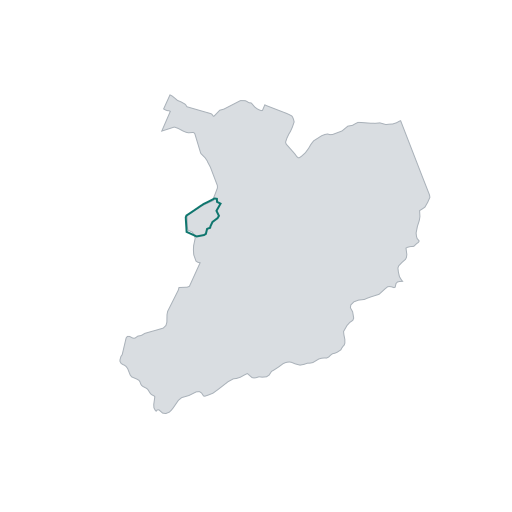 Pariang, Unity, South Sudan (highlighted), rotated 294°
{"feature_id": "79223893B45292827901182", "entity_name": "Pariang", "entity_type": "district", "adm_level": 2, "iso_a3": "SSD", "parent_name": "South Sudan", "parent_adm1": "Unity", "projection": "albers", "projection_center": [30.206, 9.837], "detail": "fine", "context": "in_parent", "style": "outline", "palette": "teal", "viewbox_px": 512, "rotation_deg": 294, "n_neighbors": 0, "source": "geoboundaries", "source_scale": "gbopen_adm2", "svg_char_len": 4173}
<svg xmlns="http://www.w3.org/2000/svg" viewBox="0 0 512 512"><g transform="rotate(294 256 256)"><path d="M396.3,375.5L382.9,389.1L382.0,389.9L380.3,391.0L374.8,391.0L369.2,390.4L364.0,387.0L358.7,389.7L355.4,390.6L353.4,390.9L348.7,391.4L342.1,392.9L339.1,394.7L337.5,396.1L336.2,398.8L335.5,399.0L334.3,398.7L332.6,397.7L329.0,396.2L327.2,392.9L325.6,390.9L324.2,389.8L318.7,393.2L315.9,394.0L313.7,393.9L309.6,392.0L305.2,390.4L302.8,390.5L299.4,392.5L295.5,395.4L293.4,398.4L292.5,400.2L291.1,397.5L289.8,395.8L287.9,395.1L284.1,395.8L283.2,394.9L283.0,392.5L282.4,390.4L281.5,388.8L278.6,387.3L271.1,384.0L265.4,377.6L262.5,374.6L260.4,372.7L257.4,367.6L254.0,364.1L249.9,362.5L247.1,363.3L244.3,367.0L239.0,370.5L236.6,370.6L233.5,368.7L229.6,367.4L222.6,366.7L219.7,368.4L215.9,371.1L212.6,372.6L210.6,372.8L208.8,372.2L206.7,371.8L204.8,371.7L201.1,369.3L199.2,367.5L197.9,365.7L195.8,364.5L193.3,363.5L191.5,362.0L190.7,360.0L189.3,357.5L187.5,355.3L181.8,351.3L180.1,348.9L179.0,346.6L176.6,344.0L174.2,340.6L173.4,335.6L173.3,331.6L172.8,329.7L171.8,327.9L170.6,326.3L168.6,324.5L164.0,321.9L159.2,318.8L156.9,317.1L152.5,316.4L149.9,314.7L147.8,310.9L146.9,307.9L144.8,305.5L143.8,303.8L143.3,301.9L145.1,295.9L142.6,293.8L138.9,291.0L136.2,288.0L134.6,285.3L129.8,281.6L119.3,276.0L113.2,272.5L109.9,269.3L107.1,266.3L106.8,265.0L108.7,262.0L109.1,259.5L107.6,256.7L101.3,251.5L96.4,245.7L92.6,243.8L83.4,242.1L80.8,241.4L78.1,240.3L75.4,237.7L74.5,234.6L76.0,229.8L75.1,228.3L73.6,227.9L74.0,226.8L75.8,224.5L78.7,223.0L86.3,220.8L86.7,219.9L86.9,216.8L87.5,215.3L90.2,211.2L90.6,209.5L90.8,205.9L91.2,204.3L91.9,203.1L94.0,201.0L94.8,199.7L95.1,197.0L95.0,191.6L96.1,189.5L100.9,184.6L102.2,182.4L102.7,180.4L102.7,178.4L103.0,176.5L104.4,174.6L105.7,174.0L109.2,173.5L111.5,173.9L128.3,170.7L130.2,171.2L131.1,173.2L130.9,176.4L131.2,178.0L132.1,179.1L134.7,180.6L136.5,183.2L137.5,184.1L140.1,185.9L152.4,200.6L155.9,202.0L159.3,201.5L166.1,198.6L169.5,197.8L193.1,198.9L195.7,198.5L195.9,198.5L199.5,205.8L201.2,207.5L227.1,207.7L226.6,205.7L226.9,203.3L231.5,198.9L232.2,198.4L236.2,196.3L240.1,194.8L247.6,193.2L250.4,190.6L251.9,188.1L251.9,183.4L252.9,182.6L254.7,181.5L263.4,177.3L264.9,176.4L280.2,186.3L288.8,194.0L289.4,194.4L289.8,194.6L290.3,194.3L290.7,193.9L291.7,193.6L295.4,193.5L302.4,193.1L304.6,192.1L318.6,178.2L322.1,173.7L323.0,172.8L325.0,169.6L327.1,164.2L327.6,163.5L342.8,150.4L343.3,149.3L343.4,148.5L341.1,144.2L340.6,141.9L340.5,138.5L340.9,133.1L340.7,129.8L340.5,128.9L340.4,128.7L331.8,119.1L353.3,118.9L353.3,117.7L353.3,117.3L352.8,116.1L352.6,114.6L352.6,113.8L352.7,113.0L352.7,112.5L352.7,112.1L352.8,111.8L368.2,111.9L368.0,114.6L366.2,121.0L366.3,124.9L365.9,129.2L365.4,130.5L364.6,131.6L364.3,132.1L364.3,132.6L367.7,157.1L367.5,158.1L366.7,159.6L366.4,160.1L366.4,160.5L366.7,160.8L373.9,163.4L374.3,163.5L374.5,163.7L377.1,166.9L391.3,178.3L391.8,178.9L393.3,182.5L393.5,183.1L393.5,184.0L393.5,184.6L393.2,186.8L393.3,187.8L393.6,188.5L393.8,189.2L393.8,189.4L393.6,190.0L391.6,194.2L390.9,197.2L390.8,199.8L390.9,201.2L391.2,202.2L391.4,202.5L391.6,202.7L397.7,202.6L397.6,204.0L398.7,226.1L398.7,228.5L398.5,231.7L397.8,232.9L396.1,234.7L394.0,236.3L388.5,236.8L383.9,236.8L380.6,236.4L376.2,236.3L372.0,236.7L370.5,238.1L365.1,249.9L363.4,252.8L362.9,254.6L363.4,255.6L365.6,257.0L370.4,259.1L375.9,260.3L379.9,260.7L382.7,261.3L384.8,261.9L392.6,267.1L395.1,269.6L396.6,271.8L396.9,274.1L398.1,276.5L405.2,283.7L412.0,287.1L414.6,291.0L417.1,292.8L419.5,294.8L420.8,297.9L423.9,306.7L425.9,311.3L428.0,315.0L428.9,321.2L430.5,323.9L432.2,327.2L434.9,330.2L437.9,332.5L438.4,333.1L409.5,362.2L396.3,375.5Z" fill="#d9dde1" stroke="#a8b0b8" stroke-width="1"/><path d="M277.6,205.8L281.2,201.5L289.4,202.3L289.6,198.4L292.3,197.0L291.7,194.8L291.6,194.7L290.0,193.4L289.7,193.2L285.4,189.7L282.1,186.9L280.2,185.8L279.9,185.5L269.7,179.2L267.0,177.5L264.7,176.0L262.8,176.1L260.0,177.5L257.7,178.7L253.7,180.8L249.8,182.8L249.8,185.4L249.7,193.8L254.0,200.0L255.8,201.2L260.8,200.3L261.6,201.0L263.1,202.6L264.7,202.3L269.4,202.4L275.0,205.5L277.6,205.8Z" fill="none" stroke="#0f766e" stroke-width="2"/></g></svg>